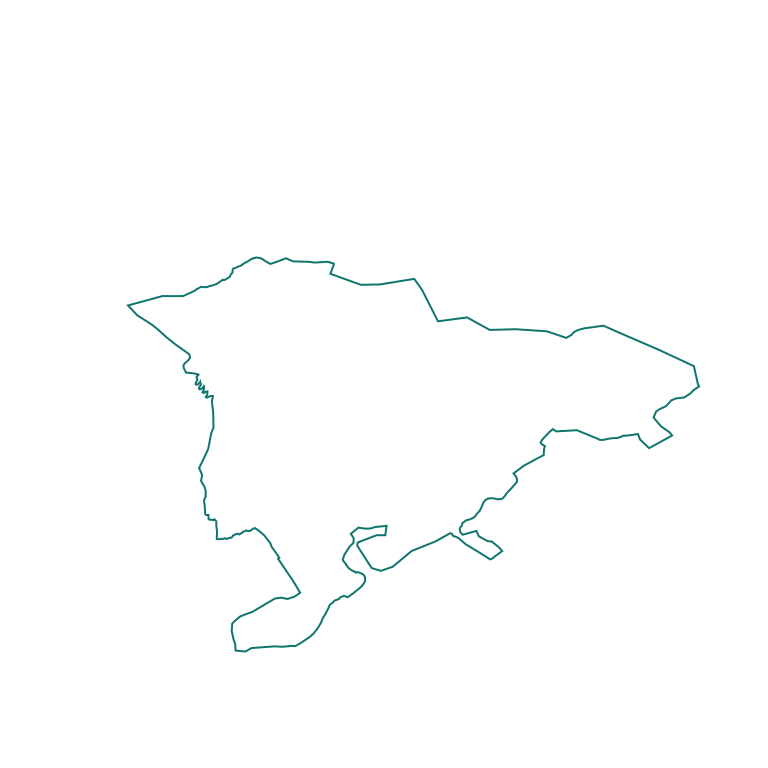 Birnin Kudu, Jigawa, Nigeria (Equal Earth projection), rotated 57°
{"feature_id": "59680162B7272699675434", "entity_name": "Birnin Kudu", "entity_type": "district", "adm_level": 2, "iso_a3": "NGA", "parent_name": "Nigeria", "parent_adm1": "Jigawa", "projection": "equal_earth", "projection_center": [9.426, 11.485], "detail": "fine", "context": "isolated", "style": "outline", "palette": "teal", "viewbox_px": 768, "rotation_deg": 57, "n_neighbors": 0, "source": "geoboundaries", "source_scale": "gbopen_adm2", "svg_char_len": 4893}
<svg xmlns="http://www.w3.org/2000/svg" viewBox="0 0 768 768"><g transform="rotate(57 384 384)"><path d="M526.8,653.6L530.6,648.8L532.9,645.8L533.3,638.9L544.6,618.4L548.9,612.6L553.2,604.4L555.5,601.2L555.9,595.7L555.7,583.9L554.8,578.7L552.9,573.0L550.1,567.2L547.3,563.2L544.7,557.8L542.0,553.2L539.7,549.8L539.4,546.2L538.7,543.4L539.6,539.8L539.7,538.4L539.0,537.3L539.8,533.0L543.0,530.6L542.8,523.8L541.5,512.6L539.0,507.1L535.6,505.1L532.7,505.0L528.5,507.5L527.1,508.9L527.1,509.9L526.5,510.6L525.3,510.7L523.8,512.1L519.3,513.9L514.8,514.2L514.5,513.8L513.5,514.2L509.0,514.5L505.5,510.0L501.5,501.0L500.7,496.2L496.8,493.4L491.6,493.4L490.5,483.7L495.3,478.2L497.9,473.8L499.1,469.3L504.4,459.1L511.5,465.3L506.8,472.5L502.6,492.4L505.0,494.5L531.6,494.6L539.0,488.5L542.0,476.2L539.1,451.8L544.0,426.9L545.2,409.8L546.7,408.5L548.0,408.8L549.4,408.6L550.3,407.7L551.6,406.7L554.1,405.3L560.2,403.6L561.7,403.0L563.3,402.7L564.8,401.8L567.3,400.6L570.8,399.0L574.8,397.0L578.2,395.4L584.7,392.4L588.9,390.5L589.3,388.4L589.0,385.5L588.5,375.9L583.7,376.5L574.8,379.4L572.4,382.5L563.4,387.4L557.6,386.5L553.2,400.2L550.0,400.7L547.0,399.6L545.8,398.1L545.2,395.8L543.4,394.2L543.1,388.9L544.0,386.8L544.5,384.5L544.8,382.3L544.7,379.8L543.4,376.6L542.4,372.6L541.0,370.2L539.3,367.6L537.8,365.6L536.7,362.7L536.7,359.2L538.2,356.3L539.8,354.0L541.7,352.5L543.1,350.5L544.2,348.6L544.6,346.9L543.9,344.3L542.2,339.8L541.1,334.9L539.0,327.5L538.4,325.7L535.9,324.1L533.5,323.8L529.5,324.0L528.7,311.1L529.1,306.0L529.7,298.1L530.6,288.8L525.5,285.0L523.9,282.9L520.4,284.4L518.5,284.6L516.9,281.8L515.9,277.6L514.4,271.6L513.8,266.9L517.5,265.4L525.2,252.0L527.7,247.5L546.5,234.5L548.3,233.5L550.1,231.0L552.0,225.9L553.8,222.1L556.6,217.1L557.5,213.3L557.5,211.9L560.4,206.8L563.0,201.1L564.3,198.2L569.9,199.5L582.2,196.6L584.1,170.4L580.4,170.7L570.5,174.7L559.0,176.2L555.3,170.8L555.3,165.8L556.2,159.6L554.2,152.1L555.1,147.1L558.8,139.5L558.8,132.0L557.7,127.6L557.7,121.1L555.1,120.8L537.8,114.4L505.0,134.9L467.7,159.7L454.6,168.2L446.3,185.9L444.4,191.9L443.9,196.5L444.9,200.1L444.6,206.0L428.5,218.7L409.6,244.0L396.3,265.8L373.4,278.1L360.8,304.6L326.3,300.9L320.6,301.0L312.3,301.4L306.2,315.2L298.4,333.0L288.2,349.4L262.4,368.9L256.1,360.6L255.6,360.6L255.4,360.7L255.4,360.8L255.1,361.0L250.8,364.7L244.4,376.0L240.2,381.0L236.2,386.9L231.6,393.5L225.2,397.7L223.3,406.6L221.4,413.9L216.5,416.5L213.0,418.0L211.0,419.2L208.3,422.3L208.2,422.4L208.2,422.5L208.2,422.8L208.1,423.0L208.0,423.3L208.0,423.5L207.9,423.6L207.9,423.8L207.8,424.0L207.8,424.3L207.7,424.4L207.7,424.5L207.6,424.8L207.5,425.0L207.5,425.3L207.4,425.3L207.4,425.5L207.3,425.8L207.2,425.9L207.2,426.0L207.1,426.3L207.0,426.5L207.0,431.3L206.6,436.0L206.8,440.2L205.9,442.9L206.0,444.0L205.9,444.6L205.4,446.5L205.1,447.7L205.3,448.2L208.1,450.6L208.8,453.1L210.1,454.7L210.1,458.8L209.8,461.6L208.7,462.6L208.9,465.8L209.0,470.0L208.0,473.9L206.8,477.1L206.3,479.8L204.4,482.7L202.9,484.4L202.5,489.9L202.6,492.8L200.8,504.7L200.7,504.7L195.8,512.5L189.6,521.8L182.5,544.1L178.7,555.9L192.0,553.5L207.2,546.6L213.6,544.4L226.5,540.9L236.5,537.6L253.1,531.1L255.0,531.8L256.3,532.4L257.5,535.1L258.1,539.3L259.0,542.0L261.7,543.3L266.6,543.8L270.4,539.0L273.0,536.2L273.9,535.6L274.6,534.6L275.2,534.5L275.5,535.0L275.7,536.9L276.7,537.8L277.8,537.6L278.3,538.0L279.1,538.4L279.7,539.6L280.4,541.1L281.3,542.0L282.4,541.8L282.9,540.3L282.7,538.4L282.2,537.3L282.5,537.5L283.5,537.3L284.1,537.7L284.9,538.1L285.5,539.3L286.1,540.8L287.1,541.7L288.1,541.5L288.6,540.0L288.5,538.1L287.6,536.2L287.9,536.1L289.6,537.3L290.9,538.4L291.4,539.7L292.2,540.8L293.5,539.9L293.3,538.3L293.8,536.5L294.0,536.1L295.4,537.0L296.6,538.1L297.2,539.4L298.0,540.6L299.2,539.6L299.1,538.0L299.6,536.2L300.6,534.3L300.8,534.0L305.0,537.9L315.1,542.9L327.8,550.8L331.1,555.6L342.7,566.8L348.4,575.9L350.9,579.9L353.7,584.8L361.4,586.1L365.5,590.2L370.5,590.4L373.5,590.7L377.4,592.2L379.7,594.1L380.8,594.3L381.8,595.7L382.8,597.3L383.9,598.6L387.0,599.9L396.0,604.9L397.2,604.3L398.2,602.6L401.8,604.7L403.0,604.0L404.0,602.3L405.1,601.6L405.1,599.9L407.7,599.5L407.9,599.5L411.9,602.0L416.8,604.4L423.0,608.7L424.5,606.5L424.8,605.4L426.0,604.1L426.4,602.8L426.8,601.3L427.9,600.7L428.4,599.8L428.5,598.7L428.8,598.2L429.2,596.4L429.7,595.9L429.6,594.5L428.8,592.8L429.1,591.5L429.3,589.9L429.9,588.0L430.6,587.7L431.3,587.4L431.5,585.1L431.4,584.0L431.1,582.7L431.5,581.8L431.8,579.3L433.2,578.3L434.3,576.2L434.2,574.3L433.9,572.5L434.5,571.8L434.6,570.6L438.2,569.2L441.4,568.1L445.7,566.9L455.6,566.0L458.1,566.6L458.7,566.9L461.3,566.8L472.7,566.4L472.8,568.0L499.8,567.5L513.4,568.0L513.6,574.9L511.7,582.0L507.1,586.7L504.5,592.5L503.4,618.7L501.6,626.1L500.6,631.4L501.4,638.0L502.3,641.8L508.5,646.4L517.2,649.6L518.3,649.8L520.5,650.2L526.8,653.6Z" fill="none" stroke="#0f766e" stroke-width="2"/></g></svg>